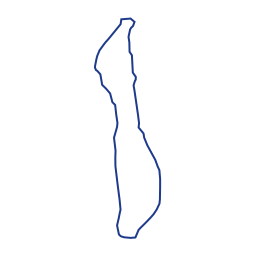 the district of Siis, Federated States of Micronesia, rotated 6°
{"feature_id": "79324940B47551449537105", "entity_name": "Siis", "entity_type": "district", "adm_level": 2, "iso_a3": "FSM", "parent_name": "Federated States of Micronesia", "parent_adm1": "", "projection": "natural_earth1", "projection_center": [151.824, 7.299], "detail": "fine", "context": "isolated", "style": "outline", "palette": "blue", "viewbox_px": 256, "rotation_deg": 6, "n_neighbors": 0, "source": "geoboundaries", "source_scale": "gbopen_adm2", "svg_char_len": 997}
<svg xmlns="http://www.w3.org/2000/svg" viewBox="0 0 256 256"><g transform="rotate(6 128 128)"><path d="M115.1,139.1L118.0,151.9L118.5,159.0L119.5,167.4L124.0,187.1L127.1,200.1L129.1,209.9L128.6,214.3L128.2,218.8L127.3,226.0L130.1,234.8L132.1,236.4L135.6,237.1L142.1,237.0L146.8,236.1L149.2,228.2L151.0,225.8L154.9,221.1L159.5,215.2L162.5,211.0L165.1,206.0L167.2,199.9L167.2,195.7L166.2,184.2L165.3,175.4L163.6,166.6L161.6,163.3L158.5,156.9L149.1,143.3L145.1,135.9L144.0,131.8L138.5,126.4L138.5,122.1L136.6,114.0L133.0,99.8L130.4,89.6L129.1,85.1L129.6,82.2L130.0,80.4L130.6,79.1L130.4,76.3L127.0,72.4L124.3,55.3L121.6,52.1L120.4,42.8L119.0,37.3L119.8,29.8L120.7,27.9L122.3,26.1L123.4,21.8L119.1,18.9L110.0,20.6L109.8,25.5L99.5,41.2L96.2,45.8L91.6,53.7L89.9,59.4L89.4,62.7L88.8,69.4L88.8,71.2L90.0,73.6L91.6,74.5L94.9,77.5L97.8,87.8L102.1,91.2L106.6,95.5L109.8,104.0L112.8,106.4L114.9,115.9L117.0,124.2L117.0,128.1L116.5,131.1L115.1,139.1Z" fill="none" stroke="#1e3a8a" stroke-width="2"/></g></svg>